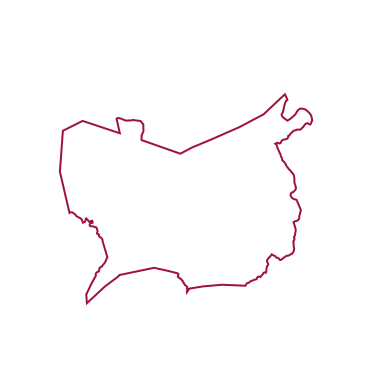 outline of Santiago Textitlán, Oaxaca, Mexico, rotated 158°
{"feature_id": "50627088B13437276838139", "entity_name": "Santiago Textitlán", "entity_type": "district", "adm_level": 2, "iso_a3": "MEX", "parent_name": "Mexico", "parent_adm1": "Oaxaca", "projection": "equal_earth", "projection_center": [-97.325, 16.718], "detail": "fine", "context": "isolated", "style": "outline", "palette": "rose", "viewbox_px": 384, "rotation_deg": 158, "n_neighbors": 0, "source": "geoboundaries", "source_scale": "gbopen_adm2", "svg_char_len": 5319}
<svg xmlns="http://www.w3.org/2000/svg" viewBox="0 0 384 384"><g transform="rotate(158 192 192)"><path d="M266.8,298.9L288.8,297.1L304.9,264.3L305.8,262.4L306.9,260.3L313.4,218.5L312.6,218.6L311.3,218.4L310.8,218.1L310.3,217.6L309.7,216.5L309.2,215.8L308.6,214.8L308.5,213.8L308.0,212.9L307.6,212.0L306.6,211.0L306.1,210.3L305.5,209.6L305.2,209.1L304.7,208.4L304.5,207.2L304.6,206.1L304.6,205.0L304.6,204.3L302.6,204.4L300.9,206.2L300.5,206.9L299.9,207.1L298.4,202.8L297.8,202.6L297.0,202.8L296.5,202.9L296.0,202.8L295.6,202.8L295.3,202.7L295.3,201.6L295.6,200.8L296.0,200.7L297.5,201.0L298.2,200.9L298.5,200.7L298.9,200.5L299.1,200.2L299.3,199.7L299.3,199.1L299.4,198.8L298.9,198.4L298.0,197.9L297.4,197.6L296.4,197.1L295.6,196.3L295.4,195.9L294.6,195.5L294.1,195.2L293.9,194.7L293.9,194.4L293.9,193.6L293.9,193.4L294.1,192.2L294.1,191.5L294.2,191.0L294.4,190.7L294.8,190.3L295.2,189.8L295.6,189.3L295.5,188.6L295.1,188.2L294.5,188.0L294.3,187.6L294.4,186.9L294.7,186.5L294.8,186.0L294.6,185.3L294.2,184.5L293.6,184.0L293.4,183.5L293.1,182.9L293.0,182.2L292.9,181.8L292.9,181.3L293.0,180.7L293.3,180.2L294.9,163.2L296.2,162.2L296.8,161.3L298.0,160.3L298.8,159.5L299.7,159.0L300.9,158.2L302.0,157.7L302.8,157.2L303.6,156.7L304.3,156.5L305.1,156.6L305.8,156.3L306.6,155.7L307.0,154.9L307.2,154.3L308.0,153.5L308.2,153.2L309.2,153.4L310.4,153.1L310.7,153.0L311.1,152.8L311.8,152.4L312.1,151.9L312.4,150.9L312.5,150.4L316.6,147.1L319.0,145.2L328.5,136.5L331.1,128.3L307.9,137.1L292.3,141.2L290.3,142.2L255.5,135.9L243.9,127.9L235.8,122.0L235.6,121.8L235.3,121.0L235.9,120.3L236.4,119.5L236.8,118.9L236.9,118.7L236.5,118.4L236.3,118.1L236.3,117.7L236.2,117.6L236.0,117.1L235.8,116.7L235.7,116.4L235.3,116.2L235.1,115.8L234.8,115.4L234.7,115.1L234.5,114.1L234.1,113.6L233.9,113.2L234.1,112.7L234.2,112.3L234.2,112.1L234.1,111.4L233.9,111.3L233.7,111.0L233.6,110.5L233.6,109.9L233.6,109.6L233.4,109.3L233.4,108.5L233.2,107.9L232.6,107.2L232.2,106.5L232.0,105.7L232.6,104.8L232.7,104.3L232.5,104.1L232.8,103.6L233.0,103.4L233.1,103.0L233.8,101.9L234.1,101.1L230.7,103.4L217.8,100.5L217.5,100.4L215.7,99.9L198.8,94.7L177.6,85.1L175.5,86.7L174.5,86.8L174.0,86.7L173.5,86.6L173.0,86.6L172.7,86.8L171.9,87.2L171.1,87.3L170.2,87.2L169.7,87.3L169.4,87.2L168.6,87.2L167.8,87.2L167.2,87.4L166.3,87.2L165.6,87.0L164.5,87.2L163.7,88.1L162.8,88.7L162.1,88.7L161.1,88.0L160.5,87.5L159.5,88.1L158.4,88.7L157.4,89.1L156.7,89.6L156.1,90.1L155.2,90.3L154.5,90.2L153.9,89.5L153.1,90.3L152.4,91.4L152.0,92.3L151.5,93.3L150.8,94.3L150.3,95.1L149.5,95.5L149.1,95.7L148.7,95.9L148.3,96.5L148.2,97.3L148.4,98.0L148.5,99.0L148.3,100.1L147.0,101.4L145.7,102.1L144.7,102.5L143.8,102.7L142.9,103.5L141.5,104.3L140.5,103.1L139.2,101.7L138.6,100.6L138.4,99.6L137.8,99.2L136.9,98.7L136.4,97.8L136.2,96.8L135.9,95.9L135.2,95.7L133.5,96.1L131.9,96.6L130.5,96.9L129.0,97.3L127.6,97.3L126.7,96.9L125.1,96.9L123.3,97.4L123.1,97.4L122.6,97.2L122.2,97.3L121.6,97.6L121.2,97.9L120.8,98.2L119.3,99.8L118.8,100.7L118.4,101.4L118.4,102.3L118.2,103.0L117.9,103.9L117.6,104.9L117.2,106.0L116.8,107.0L116.7,107.8L116.4,108.4L116.0,108.6L115.4,109.1L114.4,110.3L114.5,111.7L112.8,113.3L111.5,115.4L111.1,116.1L110.5,117.0L109.9,118.3L109.6,120.5L109.4,122.5L109.3,124.3L109.2,126.0L107.6,126.3L107.1,126.1L106.4,126.0L105.5,126.0L104.1,126.3L103.2,126.7L102.5,127.4L101.9,128.7L101.1,130.0L97.8,134.4L98.0,145.6L99.1,146.4L100.0,147.1L101.1,148.4L101.7,149.6L101.9,152.1L100.8,153.7L99.6,154.1L98.3,153.9L97.3,154.4L96.5,154.7L95.4,155.3L94.4,156.1L93.9,157.9L93.9,158.1L93.6,159.9L93.6,160.9L93.6,161.6L93.2,163.4L92.6,164.5L92.0,166.3L91.6,167.9L91.3,169.3L91.5,170.9L92.0,172.5L92.4,173.5L92.8,175.0L93.2,176.0L93.8,177.4L94.1,179.0L94.6,180.4L94.7,182.3L95.0,183.9L95.4,185.7L96.4,187.4L95.9,189.6L96.1,191.2L96.1,192.6L95.8,194.4L96.1,195.8L96.1,198.9L96.3,200.7L96.1,201.9L95.8,203.8L96.7,205.5L94.8,205.8L93.5,205.1L92.6,204.1L91.6,204.2L90.1,205.6L88.9,206.2L87.0,206.2L85.9,205.9L85.1,205.6L84.3,205.8L83.3,205.9L82.5,206.8L81.7,208.0L80.6,207.8L79.5,208.9L78.4,209.2L77.6,209.7L76.4,210.1L75.0,210.7L73.2,210.5L71.4,210.5L70.4,210.2L69.2,209.6L68.3,209.4L67.4,209.4L66.0,210.2L64.7,210.5L62.8,211.8L62.1,212.2L61.2,212.6L60.4,212.7L59.0,212.6L58.0,210.9L57.1,210.3L55.9,211.0L54.6,212.8L53.8,213.0L53.2,215.8L52.9,218.2L53.1,219.4L53.7,221.8L54.1,222.5L54.6,223.6L55.3,224.9L56.0,225.9L56.8,226.8L57.9,227.6L58.9,228.2L59.7,228.5L60.7,228.7L61.4,228.6L62.2,228.4L62.9,228.2L64.0,227.6L64.7,227.2L65.3,226.7L67.1,225.2L69.7,224.3L72.5,223.2L76.7,222.4L77.7,223.9L78.6,225.4L79.8,227.4L80.1,228.6L79.9,230.3L78.2,231.6L77.2,232.8L75.9,234.7L74.9,236.2L74.0,237.4L73.2,238.4L72.1,239.9L70.7,241.1L70.0,241.6L69.2,241.5L68.9,242.5L69.3,247.8L96.5,237.2L106.3,236.2L123.6,234.4L153.9,233.5L175.5,233.2L188.5,231.9L219.3,259.0L218.9,260.2L218.5,261.1L218.0,262.0L217.9,262.5L217.7,263.1L217.5,263.4L217.2,263.8L216.4,264.4L214.4,266.3L213.8,267.7L211.8,273.0L213.2,277.2L218.6,280.1L219.0,280.6L220.0,281.0L220.8,281.0L221.7,281.2L222.4,281.4L223.1,281.6L223.8,282.1L225.0,282.4L226.3,282.7L226.7,283.3L227.3,283.6L227.8,284.1L228.5,284.7L228.8,285.0L229.2,285.5L229.9,286.3L230.6,286.8L231.3,287.3L232.0,287.9L232.9,288.2L233.6,288.4L234.5,288.1L236.9,273.5L239.9,276.0L257.5,291.0L260.1,293.2L266.8,298.9Z" fill="none" stroke="#9f1239" stroke-width="2"/></g></svg>